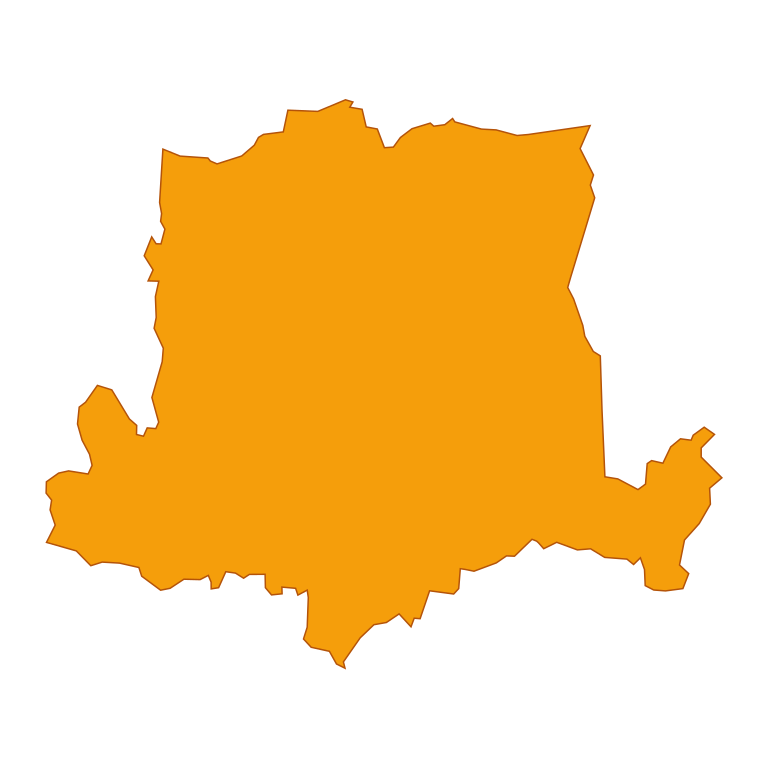 outline of Barranquitas, Puerto Rico
{"feature_id": "32010507B21184218191895", "entity_name": "Barranquitas", "entity_type": "district", "adm_level": 2, "iso_a3": "PRI", "parent_name": "Puerto Rico", "parent_adm1": "", "projection": "robinson", "projection_center": [-66.311, 18.201], "detail": "fine", "context": "isolated", "style": "filled", "palette": "amber", "viewbox_px": 768, "rotation_deg": 0, "n_neighbors": 0, "source": "geoboundaries", "source_scale": "gbopen_adm2", "svg_char_len": 2213}
<svg xmlns="http://www.w3.org/2000/svg" viewBox="0 0 768 768"><path d="M162.9,149.1L159.6,202.5L161.6,213.6L160.6,221.3L164.9,229.1L161.0,243.9L156.1,243.8L151.7,236.9L144.2,255.8L153.1,269.9L148.1,280.9L158.8,281.2L155.4,296.6L156.2,317.5L154.1,328.3L163.3,348.2L162.2,361.7L151.9,397.5L158.7,422.2L155.8,428.6L147.2,427.9L143.5,436.2L136.5,434.5L136.7,425.4L129.4,419.0L111.8,389.9L97.4,385.4L85.6,402.2L79.2,407.1L77.5,424.0L82.1,440.2L89.5,454.2L92.1,465.4L88.1,474.0L68.6,470.9L58.6,473.1L46.4,481.8L46.1,493.1L51.6,500.1L50.1,509.9L55.2,525.1L46.5,542.4L76.3,550.9L90.8,565.7L102.2,562.1L119.5,563.1L138.9,567.5L141.7,576.2L160.6,590.2L170.1,588.3L183.9,579.2L200.1,579.6L208.3,575.4L211.1,582.1L211.2,588.9L218.6,587.7L225.8,571.7L235.5,573.1L243.6,578.2L249.4,574.4L265.1,574.3L265.4,587.7L271.5,594.9L282.1,593.8L281.9,587.1L295.6,588.3L297.9,595.1L307.2,590.1L308.3,597.5L307.2,627.2L303.5,639.0L311.2,647.3L329.4,651.3L336.5,664.0L345.0,668.2L343.4,661.9L360.2,637.8L373.9,624.7L386.4,622.5L399.1,613.9L411.0,626.8L414.2,618.2L420.1,618.7L429.6,590.8L453.7,594.0L458.7,588.6L460.3,568.7L465.1,569.4L474.0,571.2L496.3,562.9L506.5,555.9L514.5,556.2L532.0,539.3L536.6,541.1L538.5,542.8L543.7,548.7L556.7,542.3L577.4,549.9L590.6,548.8L604.7,557.4L626.9,559.1L633.6,564.5L640.4,557.8L644.5,569.5L645.2,585.6L653.7,590.0L665.5,590.9L682.9,588.6L688.7,573.6L679.5,565.0L684.5,540.0L699.2,523.6L710.4,504.2L709.6,488.2L721.9,477.8L701.2,457.1L701.2,447.9L714.5,434.4L704.2,427.2L693.2,435.2L691.1,440.2L680.5,438.8L670.7,446.9L662.9,463.2L651.6,460.6L647.2,463.6L645.5,484.1L638.0,489.6L617.8,478.9L604.9,476.8L602.0,409.7L600.3,355.9L593.3,351.5L584.8,336.3L582.8,325.4L573.6,298.9L567.7,287.5L570.9,276.4L585.5,228.3L594.7,197.8L590.3,185.1L593.5,175.0L580.1,148.6L590.1,125.6L528.4,134.5L517.1,135.5L496.1,129.9L481.5,129.1L454.8,121.9L452.6,118.5L444.8,124.7L433.8,126.2L430.3,123.1L412.0,128.7L400.4,137.5L393.4,147.1L384.4,147.7L377.3,129.0L366.2,126.9L362.1,109.3L349.8,107.2L352.9,102.0L345.5,99.8L317.8,111.4L287.9,110.2L283.3,131.9L263.5,134.4L258.5,137.4L254.3,145.2L241.7,156.0L217.0,163.9L210.3,161.0L207.9,158.0L180.1,156.1L162.9,149.1Z" fill="#f59e0b" stroke="#b45309" stroke-width="1.5"/></svg>